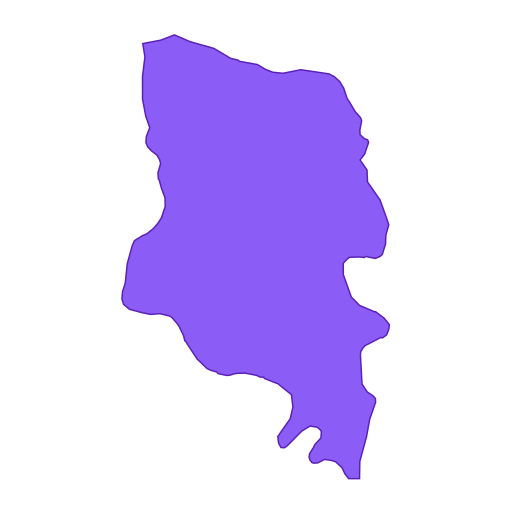 Sansare, El Progreso, Guatemala, rotated 98°
{"feature_id": "79465075B35387126526580", "entity_name": "Sansare", "entity_type": "district", "adm_level": 2, "iso_a3": "GTM", "parent_name": "Guatemala", "parent_adm1": "El Progreso", "projection": "orthographic", "projection_center": [-90.08, 14.753], "detail": "fine", "context": "isolated", "style": "filled", "palette": "violet", "viewbox_px": 512, "rotation_deg": 98, "n_neighbors": 0, "source": "geoboundaries", "source_scale": "gbopen_adm2", "svg_char_len": 2092}
<svg xmlns="http://www.w3.org/2000/svg" viewBox="0 0 512 512"><g transform="rotate(98 256 256)"><path d="M206.6,128.9L199.9,132.2L183.3,140.9L167.1,155.9L155.5,158.0L146.4,166.3L139.9,162.6L127.8,160.3L125.5,161.6L124.7,164.9L121.4,169.8L116.7,170.7L107.5,170.2L104.5,171.7L98.9,178.2L91.8,183.8L87.2,187.8L77.6,192.5L71.6,197.4L67.5,203.4L65.5,209.1L65.3,237.6L71.3,254.7L71.7,264.9L69.8,272.8L66.2,281.3L65.5,299.7L64.5,301.3L63.8,308.7L56.3,326.5L52.9,351.3L48.4,367.5L55.6,380.6L61.4,397.7L74.3,393.7L93.8,393.4L116.4,390.2L132.6,384.7L143.7,379.1L152.9,381.2L159.0,380.8L162.8,378.6L166.3,374.4L169.8,368.2L174.0,364.9L177.8,363.3L187.0,364.7L193.0,363.5L194.5,362.3L202.2,359.0L211.0,354.2L219.7,352.8L231.5,355.0L238.0,358.1L243.4,361.7L249.3,367.3L251.6,371.2L257.7,378.5L262.9,380.0L281.6,382.4L301.1,381.7L309.7,383.2L317.1,382.8L322.3,380.4L326.4,373.8L328.0,360.7L328.5,352.3L326.5,343.2L327.4,333.8L328.0,331.6L328.8,330.5L334.6,323.9L337.0,322.0L344.7,316.8L349.8,314.7L351.0,313.0L352.4,312.1L366.4,299.8L368.3,297.0L374.2,288.9L375.4,285.3L376.4,278.6L377.7,277.3L378.2,271.2L378.3,268.4L377.9,266.1L377.1,264.0L376.0,262.0L374.8,258.4L373.5,250.4L374.1,238.9L375.3,235.2L374.9,231.8L376.1,230.5L378.4,221.3L379.4,216.6L388.4,201.6L400.5,198.4L412.6,199.5L416.7,201.7L431.7,209.3L438.2,207.6L442.2,204.6L441.9,201.1L439.7,198.7L422.9,186.2L416.9,178.9L417.0,171.4L419.6,167.7L421.0,166.8L427.2,166.4L434.7,171.6L437.1,172.2L444.2,175.4L447.6,175.5L450.4,174.3L452.8,171.8L453.1,169.8L452.2,165.9L447.9,159.8L447.9,153.1L448.7,148.5L453.7,141.3L459.5,137.5L463.6,133.2L462.1,122.5L444.9,124.6L419.4,121.4L401.9,120.7L384.1,117.2L380.4,118.0L378.2,120.6L375.1,127.0L368.0,133.2L339.6,138.8L336.2,139.0L332.3,137.3L329.6,135.6L326.9,131.7L319.4,121.2L319.4,119.2L316.0,115.7L310.1,114.3L305.4,114.4L299.6,120.6L294.5,129.9L294.7,131.1L290.5,146.6L283.4,155.9L262.4,166.9L251.2,168.6L247.1,165.9L244.2,163.2L242.5,152.9L242.4,148.7L241.2,147.1L241.8,137.6L239.2,133.1L236.7,131.1L226.0,129.4L217.3,130.3L206.6,128.9Z" fill="#8b5cf6" stroke="#5b21b6" stroke-width="1.5"/></g></svg>